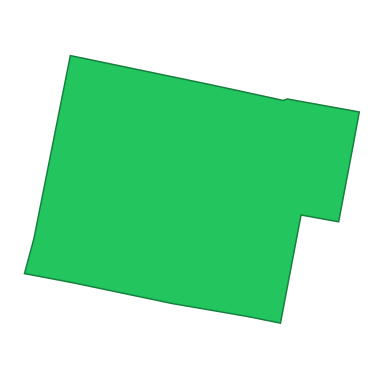 Harrison, Ohio, United States of America (Mercator projection), rotated 189°
{"feature_id": "52423323B91604440598292", "entity_name": "Harrison", "entity_type": "district", "adm_level": 2, "iso_a3": "USA", "parent_name": "United States of America", "parent_adm1": "Ohio", "projection": "mercator", "projection_center": [-81.155, 40.296], "detail": "fine", "context": "isolated", "style": "filled", "palette": "green", "viewbox_px": 384, "rotation_deg": 189, "n_neighbors": 0, "source": "geoboundaries", "source_scale": "gbopen_adm2", "svg_char_len": 340}
<svg xmlns="http://www.w3.org/2000/svg" viewBox="0 0 384 384"><g transform="rotate(189 192 192)"><path d="M40.2,261.6L39.3,297.2L112.5,298.8L116.1,296.7L187.2,300.7L333.5,307.7L340.8,122.0L344.7,85.2L295.5,83.7L193.6,78.7L117.9,77.7L84.1,76.3L80.7,186.3L42.5,185.5L40.2,261.6Z" fill="#22c55e" stroke="#15803d" stroke-width="1.5"/></g></svg>